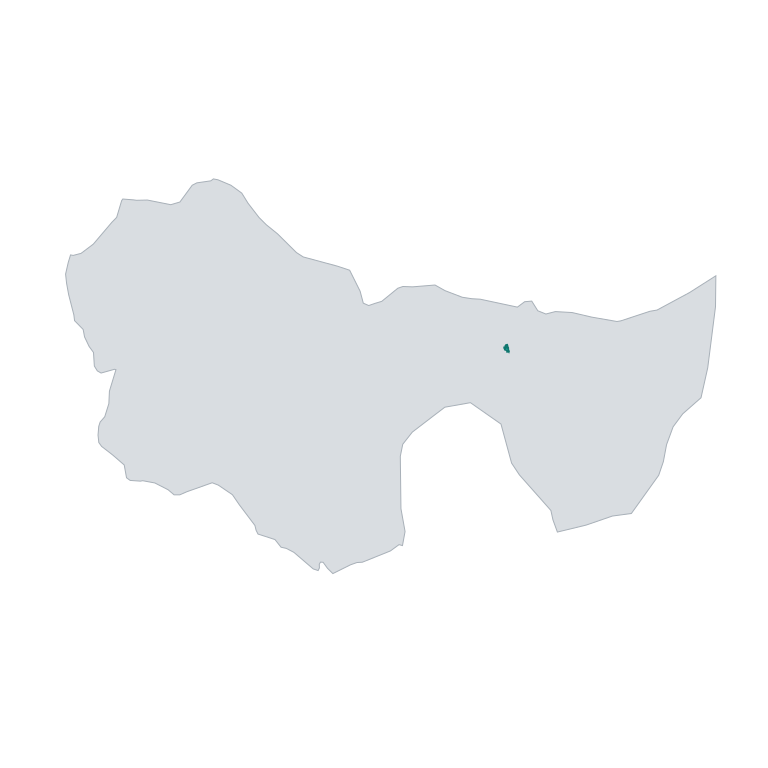 Dobele, Dobele, Latvia shown in context, rotated 184°
{"feature_id": "27541924B14429265035734", "entity_name": "Dobele", "entity_type": "district", "adm_level": 2, "iso_a3": "LVA", "parent_name": "Latvia", "parent_adm1": "Dobele", "projection": "albers", "projection_center": [23.281, 56.623], "detail": "fine", "context": "in_parent", "style": "filled", "palette": "teal", "viewbox_px": 768, "rotation_deg": 184, "n_neighbors": 0, "source": "geoboundaries", "source_scale": "gbopen_adm2", "svg_char_len": 3332}
<svg xmlns="http://www.w3.org/2000/svg" viewBox="0 0 768 768"><g transform="rotate(184 384 384)"><path d="M568.5,576.7L563.8,576.1L550.6,571.6L539.2,564.5L532.2,554.8L520.3,541.4L512.6,534.7L500.6,526.3L480.5,509.0L473.4,505.1L438.7,498.3L426.2,495.1L414.3,474.9L410.3,463.2L404.7,461.2L398.6,463.8L392.0,466.3L376.9,480.5L371.9,482.6L362.3,482.9L340.0,486.3L329.7,481.4L312.0,476.0L302.4,475.2L293.9,475.3L256.3,470.0L249.4,475.9L242.4,477.0L235.7,467.8L227.4,465.1L218.1,468.2L201.3,468.4L181.4,465.2L156.0,462.6L152.2,463.5L123.8,475.1L116.8,476.8L85.5,496.6L60.5,515.1L58.7,484.2L62.2,422.7L66.8,392.4L83.9,375.1L92.6,361.5L97.9,343.2L99.9,326.1L103.6,312.1L128.2,272.1L147.0,268.2L172.4,257.4L200.7,248.4L206.0,260.3L208.7,269.5L242.6,302.8L251.2,314.0L264.5,352.2L296.5,371.4L321.7,365.1L332.5,355.6L352.4,338.0L361.1,325.2L362.7,313.0L358.4,260.8L352.7,238.3L354.3,224.1L357.8,224.8L366.0,217.9L393.2,204.7L398.6,204.0L404.8,201.3L421.8,191.3L427.5,196.2L432.3,201.9L434.9,201.9L436.0,199.7L435.6,196.0L436.7,193.3L441.7,194.6L462.2,209.8L470.0,213.2L475.3,214.0L481.9,221.2L499.2,225.5L501.4,229.2L502.9,233.9L519.8,253.3L527.5,263.0L542.3,271.6L548.5,273.5L573.1,262.8L580.0,259.2L585.7,258.8L591.9,263.4L605.7,269.3L618.0,270.7L620.2,270.1L630.5,270.1L634.3,272.5L637.5,285.1L649.9,294.4L661.3,302.0L664.4,305.7L665.7,313.0L665.6,321.8L664.5,326.3L660.3,331.8L657.1,345.2L657.4,357.7L652.4,379.6L653.8,379.9L667.0,375.2L670.9,377.1L674.2,381.7L676.0,395.2L680.8,400.9L686.0,410.1L687.9,417.4L697.1,425.6L698.2,431.3L704.8,451.1L707.7,462.5L709.3,471.4L707.5,483.0L705.7,490.9L703.0,490.6L695.3,493.2L683.7,503.3L666.7,526.4L662.3,531.6L658.5,548.6L657.5,550.3L646.7,550.2L643.7,550.0L632.9,551.0L609.2,548.0L600.3,551.3L589.2,568.9L584.7,571.6L570.9,574.6L568.5,576.7Z" fill="#d9dde1" stroke="#a8b0b8" stroke-width="1"/><path d="M266.5,429.0L266.7,428.8L266.5,428.6L266.6,428.4L266.7,428.2L266.4,427.6L266.2,427.4L266.1,427.2L266.0,426.9L265.9,427.0L265.7,427.1L265.6,426.9L265.4,426.7L265.2,426.6L264.9,426.4L264.7,426.3L264.7,426.2L264.4,426.1L264.1,426.0L264.0,425.9L263.8,425.9L263.7,425.8L263.5,425.6L263.4,425.4L263.5,425.0L263.6,424.8L263.6,424.6L263.3,424.6L263.1,424.6L263.0,424.8L262.7,425.0L262.5,424.9L262.3,424.9L262.1,424.9L261.9,424.7L261.9,424.8L261.5,424.9L261.5,425.0L261.8,425.2L261.9,425.3L262.0,425.4L261.9,425.4L261.9,425.5L261.7,425.7L261.8,425.8L261.9,426.1L262.0,426.4L262.1,426.5L262.2,426.8L262.3,426.8L262.3,427.0L262.6,427.3L262.6,427.5L262.8,427.7L262.8,427.8L262.9,428.0L263.0,428.2L262.8,428.2L262.7,428.2L262.7,428.3L262.4,428.4L262.4,428.5L262.5,428.7L262.5,428.8L262.6,429.0L262.7,429.3L263.0,429.4L263.2,429.5L263.2,429.9L263.3,430.1L263.3,430.3L263.3,430.5L263.4,430.8L263.5,431.0L263.5,431.3L263.7,431.6L263.8,431.9L264.3,431.8L264.4,431.7L264.2,431.6L264.2,431.4L264.3,431.4L264.5,431.4L264.5,431.5L264.8,431.5L265.0,431.5L265.0,431.4L264.9,431.4L265.0,431.3L265.1,431.2L265.3,430.9L265.5,430.8L265.5,430.7L265.4,430.6L265.2,430.4L265.4,430.3L265.3,430.2L265.3,430.3L265.3,430.2L265.2,430.2L265.3,430.1L265.2,429.8L265.1,429.7L264.9,429.4L264.7,429.3L264.7,429.2L265.0,428.7L265.0,428.4L265.0,428.2L264.9,428.2L265.0,428.1L265.2,428.3L265.4,428.4L265.5,428.5L265.8,428.6L266.0,428.8L266.3,429.0L266.5,429.1L266.5,429.0Z" fill="#14b8a6" stroke="#0f766e" stroke-width="1.5"/></g></svg>